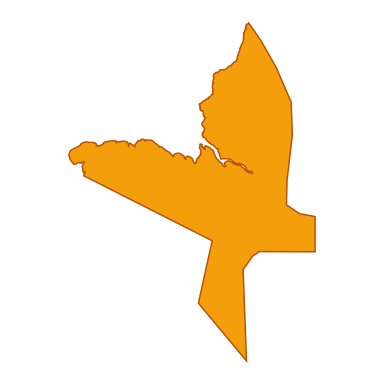 Imeong, Palau
{"feature_id": "81905179B35739525053108", "entity_name": "Imeong", "entity_type": "district", "adm_level": 2, "iso_a3": "PLW", "parent_name": "Palau", "parent_adm1": "", "projection": "orthographic", "projection_center": [134.514, 7.531], "detail": "fine", "context": "isolated", "style": "filled", "palette": "amber", "viewbox_px": 384, "rotation_deg": 0, "n_neighbors": 0, "source": "geoboundaries", "source_scale": "gbopen_adm2", "svg_char_len": 5677}
<svg xmlns="http://www.w3.org/2000/svg" viewBox="0 0 384 384"><path d="M198.4,303.2L246.5,361.0L243.1,269.6L252.8,255.9L259.4,251.6L315.1,251.8L315.1,216.6L299.6,213.7L286.5,204.9L287.0,180.5L292.3,135.2L291.2,102.1L276.2,67.5L260.7,40.2L248.7,23.0L248.2,23.9L248.0,24.2L247.3,24.1L246.8,24.1L246.4,24.4L246.7,25.0L246.4,25.4L246.4,25.9L246.0,25.9L245.9,26.3L245.5,27.2L245.6,27.9L245.7,28.4L246.3,28.8L245.5,29.4L244.8,30.2L244.6,31.5L244.2,32.5L243.7,32.9L243.8,34.0L243.6,34.5L243.8,35.4L243.7,36.6L243.5,37.6L243.5,38.4L243.4,39.6L243.2,41.3L242.6,42.9L242.0,43.8L241.5,45.0L240.8,46.3L240.4,47.4L240.1,48.1L239.8,48.8L240.1,49.5L239.7,50.4L239.3,51.4L239.2,51.9L238.6,52.7L238.3,53.8L237.8,55.7L237.5,56.2L237.3,57.0L237.2,58.2L237.1,59.0L236.2,60.9L235.1,62.0L234.6,61.9L233.9,62.4L233.2,62.9L232.8,63.7L231.9,64.3L231.5,64.9L230.8,65.8L230.1,65.8L229.1,66.2L228.4,66.6L227.6,67.5L226.7,68.5L226.1,68.9L224.9,69.5L224.2,69.8L223.5,69.7L222.2,69.9L221.3,69.8L220.5,69.7L219.7,70.5L219.0,71.0L218.5,71.7L217.9,72.7L216.8,72.3L215.9,72.4L215.1,73.2L214.6,73.9L213.9,74.0L213.5,75.0L213.4,76.1L213.5,77.1L214.0,78.3L213.7,79.0L213.2,80.1L213.0,81.1L212.9,82.1L213.8,83.2L213.0,83.4L212.5,84.7L212.6,85.9L212.3,87.3L212.9,89.1L213.0,89.7L212.7,90.3L212.8,91.3L213.2,92.3L212.8,92.9L212.8,94.9L212.4,93.8L211.5,94.8L210.9,95.7L210.2,96.3L209.8,96.9L208.6,97.3L208.4,98.7L207.1,98.5L206.9,99.2L205.5,99.7L205.3,100.2L204.6,100.9L203.8,100.7L203.2,101.0L202.7,101.8L202.0,102.5L200.9,103.1L200.3,103.7L199.6,103.7L199.4,104.6L199.5,105.5L200.1,105.5L199.9,106.2L199.8,107.3L200.4,107.9L200.1,108.6L200.1,109.5L200.5,110.1L201.0,110.7L202.6,111.1L203.2,111.3L203.3,111.9L203.4,112.5L203.2,113.1L203.1,113.9L203.4,114.7L203.6,115.7L203.9,116.5L204.4,117.3L205.0,117.5L205.6,117.6L205.0,118.1L204.9,118.8L204.4,119.3L203.6,120.9L202.6,122.1L202.0,123.7L201.9,124.5L202.1,125.2L202.7,125.6L202.8,126.2L203.7,126.9L203.9,127.5L204.2,128.0L204.9,129.0L204.2,129.5L204.3,130.4L204.0,130.9L203.5,132.0L202.9,132.2L202.6,132.8L203.0,133.2L202.3,134.3L202.0,134.9L202.8,135.8L202.8,136.5L203.4,137.2L204.2,137.5L205.5,138.4L206.2,139.6L207.0,140.7L208.8,142.2L209.6,143.1L211.1,144.2L212.2,144.6L213.5,145.5L214.3,146.3L215.5,147.4L216.1,148.3L216.8,148.8L217.5,148.7L217.9,148.9L218.0,149.7L218.4,150.0L218.4,150.8L218.1,150.9L218.3,152.0L219.1,153.7L220.0,156.0L220.6,157.5L220.7,158.8L221.8,159.0L223.1,158.7L224.8,158.7L226.8,158.8L228.7,158.9L231.3,159.8L231.9,160.3L233.2,161.5L234.7,162.5L236.0,163.4L236.9,163.7L239.2,163.6L241.0,164.0L242.6,164.8L243.9,165.4L245.2,166.6L245.9,168.2L246.6,169.7L247.2,170.4L248.7,171.1L250.5,171.3L252.3,171.7L252.7,172.1L252.0,173.5L250.1,172.8L249.2,172.7L248.3,172.3L247.2,171.7L246.3,171.1L245.3,170.1L244.0,168.7L242.7,167.5L242.1,166.9L241.1,165.9L240.3,165.3L238.6,165.2L237.6,165.0L236.2,164.8L235.2,164.2L233.9,163.8L232.9,163.1L231.6,162.2L230.2,161.4L229.2,160.9L228.6,160.9L227.0,161.2L226.2,161.8L225.3,162.1L224.5,162.7L224.4,163.6L225.0,164.7L225.5,165.6L225.8,166.2L225.2,166.4L224.7,166.8L223.8,166.1L223.0,165.9L222.9,165.0L222.3,164.2L222.0,163.7L221.2,163.0L220.3,162.2L219.3,161.4L218.9,160.9L218.0,159.9L217.1,159.3L216.8,158.8L216.3,157.9L215.6,156.9L215.1,155.7L214.1,153.4L213.7,152.2L213.6,151.1L213.3,151.0L213.2,150.5L212.9,150.4L212.2,149.6L211.3,149.4L210.6,148.6L209.7,147.7L208.6,147.0L207.1,146.2L206.6,146.0L205.9,145.9L205.2,146.1L204.7,146.7L204.8,148.3L204.9,149.3L204.4,149.2L203.8,149.0L203.9,148.4L203.2,147.9L203.0,147.1L202.2,146.9L201.8,145.6L202.1,144.8L201.0,144.5L201.0,144.1L200.5,144.1L200.4,144.3L199.9,144.4L199.8,145.9L199.8,147.3L199.4,147.8L200.2,149.1L200.9,150.9L200.8,151.9L201.1,152.7L200.4,153.7L200.4,154.4L200.3,155.4L199.3,155.8L198.6,157.2L198.6,158.0L197.7,158.0L196.6,159.5L197.0,159.9L196.6,160.9L196.1,161.3L195.8,162.9L194.6,163.6L194.1,162.5L193.2,160.9L192.7,160.2L192.4,158.6L191.1,157.9L190.5,157.2L189.4,156.9L188.9,156.4L187.1,156.2L186.3,157.0L185.6,157.4L185.7,158.9L184.6,158.2L184.0,156.4L183.2,155.5L182.2,155.1L181.4,154.5L180.6,153.8L179.2,153.3L178.0,153.2L177.0,153.3L175.4,153.6L174.5,154.4L173.9,154.5L173.4,155.7L173.4,156.4L171.5,155.0L170.9,153.7L169.0,152.1L167.7,151.7L166.5,150.6L165.0,150.2L164.8,149.4L163.2,148.1L162.2,147.4L160.6,146.8L159.5,147.0L159.5,146.4L159.0,146.2L157.9,145.1L156.9,144.7L156.5,144.0L156.0,143.8L153.8,142.1L152.7,140.8L152.0,140.7L151.2,140.2L150.0,140.2L148.4,140.1L146.7,139.8L145.8,140.3L145.8,140.8L145.3,140.9L144.2,139.5L143.0,139.3L141.9,139.4L141.0,139.6L141.0,140.3L140.2,140.5L139.4,141.0L138.9,140.7L137.9,141.1L137.3,142.2L136.6,142.4L136.1,143.1L135.8,143.8L135.3,144.4L134.8,145.2L134.7,146.3L133.9,145.3L133.0,145.0L132.0,144.8L131.1,143.8L130.3,143.2L129.3,143.4L128.9,143.9L129.0,144.9L128.6,145.6L128.5,144.9L128.1,143.6L127.6,142.4L126.3,141.7L124.2,141.2L123.0,141.2L120.9,141.4L119.8,142.1L119.0,141.8L117.2,141.9L116.5,142.4L116.8,141.5L116.5,141.1L115.7,141.2L113.4,140.5L112.9,140.9L111.7,140.9L109.9,141.0L107.8,141.6L105.7,141.6L103.8,142.5L103.5,143.6L102.7,144.1L102.0,144.9L101.8,144.7L100.3,145.5L99.6,146.2L99.0,145.9L98.2,145.6L97.3,145.7L96.7,146.0L96.3,145.9L96.7,144.9L96.2,143.8L95.3,143.0L92.6,142.4L88.4,142.4L88.2,142.0L86.1,141.9L84.8,142.1L82.0,143.3L80.6,144.3L80.2,145.3L77.7,146.7L70.8,150.4L69.7,152.3L68.9,154.9L69.6,158.2L72.0,162.2L73.9,164.3L76.0,164.0L78.0,162.4L80.0,163.0L81.3,162.4L81.6,163.1L83.4,162.0L83.9,161.8L83.9,163.1L83.7,163.9L83.3,164.4L82.4,165.7L82.2,167.0L82.7,168.2L82.7,169.2L83.2,170.2L82.9,171.3L83.7,172.7L85.2,172.0L85.0,172.8L84.3,173.7L84.2,174.6L83.9,175.1L83.8,175.8L212.2,240.8L198.4,303.2Z" fill="#f59e0b" stroke="#b45309" stroke-width="1.5"/></svg>